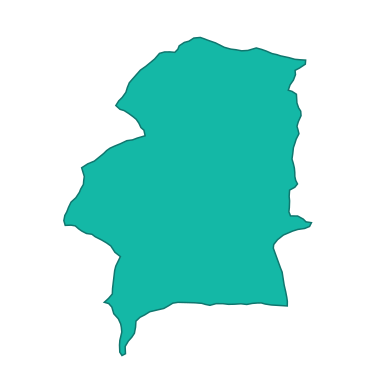 Platina, São Paulo, Brazil, rotated 262°
{"feature_id": "56859067B47718729425481", "entity_name": "Platina", "entity_type": "district", "adm_level": 2, "iso_a3": "BRA", "parent_name": "Brazil", "parent_adm1": "São Paulo", "projection": "robinson", "projection_center": [-50.219, -22.62], "detail": "fine", "context": "isolated", "style": "filled", "palette": "teal", "viewbox_px": 384, "rotation_deg": 262, "n_neighbors": 0, "source": "geoboundaries", "source_scale": "gbopen_adm2", "svg_char_len": 2378}
<svg xmlns="http://www.w3.org/2000/svg" viewBox="0 0 384 384"><g transform="rotate(262 192 192)"><path d="M65.9,270.5L70.4,271.2L74.4,271.2L80.2,270.9L87.0,270.3L100.2,270.1L104.2,269.1L125.1,264.7L128.6,265.6L132.9,270.1L136.7,276.6L138.1,281.8L139.3,286.2L140.2,291.6L140.2,298.5L141.5,303.6L145.0,306.0L146.6,300.7L149.7,298.4L153.5,293.3L154.6,286.2L158.9,285.2L162.9,286.2L169.7,287.4L174.1,287.6L180.3,288.9L182.4,294.5L185.3,297.6L189.1,296.3L193.0,296.0L197.1,296.5L201.4,296.7L206.1,296.3L210.7,295.6L215.9,297.1L221.8,298.6L226.2,300.8L229.8,302.5L234.8,306.0L238.9,305.6L242.5,305.1L246.9,307.1L252.4,310.6L256.9,310.9L260.4,309.3L265.6,308.3L274.3,309.0L277.7,305.1L279.4,301.5L284.4,304.0L288.7,308.0L293.8,310.8L298.1,311.0L299.8,315.7L302.8,322.0L306.8,322.9L307.8,317.9L309.1,312.3L311.6,306.6L314.5,298.6L316.2,295.2L317.9,290.6L321.2,285.2L323.4,281.0L325.7,275.7L324.4,267.1L324.9,260.8L326.8,255.2L328.1,250.3L330.8,244.1L336.4,236.0L340.1,228.8L342.1,225.2L343.9,221.7L344.2,215.2L341.8,210.0L341.2,205.2L338.6,199.7L335.4,197.9L332.7,194.4L333.8,189.7L334.5,184.3L333.8,179.1L328.9,173.5L325.8,168.5L322.9,163.8L319.9,157.9L316.6,154.0L312.3,149.0L309.0,145.2L304.6,142.6L299.9,140.4L295.4,136.1L292.5,132.2L288.2,128.6L283.9,132.2L282.1,136.1L278.6,140.2L274.6,144.3L271.7,146.9L267.5,149.0L262.9,150.4L259.9,153.0L254.2,153.4L253.0,145.2L251.9,140.4L251.9,134.6L249.8,127.9L248.2,121.6L246.8,116.9L244.9,113.2L242.5,110.0L239.7,105.4L236.2,99.6L234.4,92.7L231.4,86.1L222.3,87.5L218.6,86.4L214.6,85.5L210.4,82.2L207.4,80.5L202.5,76.2L198.8,70.8L194.0,67.6L189.7,65.2L186.5,62.8L181.5,61.1L176.6,61.8L176.0,67.6L174.7,71.7L171.2,74.7L168.6,77.5L165.6,81.7L164.1,87.0L161.1,90.0L157.0,95.9L153.4,100.4L149.9,104.1L143.0,107.3L138.0,112.1L134.0,109.4L129.2,106.2L125.0,104.5L107.5,99.9L102.1,98.9L98.3,94.6L95.0,89.8L93.1,94.0L89.2,96.6L82.3,97.6L76.7,101.4L71.3,103.0L67.9,103.2L63.1,103.0L55.1,99.9L50.5,98.9L43.5,98.2L39.8,99.9L41.1,103.6L48.3,104.3L53.2,108.2L56.7,112.3L60.1,115.3L66.0,117.3L71.9,118.5L75.2,123.1L76.9,128.1L79.3,133.5L80.1,142.1L80.6,147.9L82.5,152.7L84.6,157.5L84.7,162.7L83.2,171.8L81.9,179.4L80.4,186.2L78.8,189.7L77.3,194.0L78.1,200.3L77.1,207.2L75.7,212.4L75.0,218.3L74.5,224.9L73.0,230.6L73.3,236.2L73.0,241.2L72.5,245.2L70.9,248.8L69.1,254.8L68.0,260.2L65.9,270.5Z" fill="#14b8a6" stroke="#0f766e" stroke-width="1.5"/></g></svg>